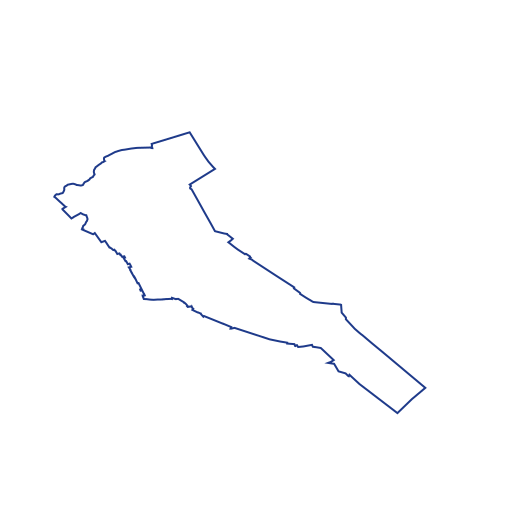 the district of Beverwijk, Noord-Holland, Netherlands, rotated 204°
{"feature_id": "6326949B38309574133073", "entity_name": "Beverwijk", "entity_type": "district", "adm_level": 2, "iso_a3": "NLD", "parent_name": "Netherlands", "parent_adm1": "Noord-Holland", "projection": "equal_earth", "projection_center": [4.669, 52.479], "detail": "fine", "context": "isolated", "style": "outline", "palette": "blue", "viewbox_px": 512, "rotation_deg": 204, "n_neighbors": 0, "source": "geoboundaries", "source_scale": "gbopen_adm2", "svg_char_len": 5717}
<svg xmlns="http://www.w3.org/2000/svg" viewBox="0 0 512 512"><g transform="rotate(204 256 256)"><path d="M366.9,342.0L369.7,339.6L396.9,316.0L396.0,314.8L395.8,313.5L395.1,313.1L394.6,312.4L395.1,312.2L395.9,312.1L396.6,312.0L397.1,311.9L407.6,306.9L409.0,306.2L411.0,305.0L413.7,303.4L419.1,299.8L421.6,298.3L422.5,297.6L425.0,295.5L425.8,294.7L426.9,293.8L428.5,291.8L429.0,291.1L431.2,288.4L431.8,287.5L433.6,285.7L434.4,284.6L434.6,284.4L434.7,284.1L434.7,283.9L434.7,283.7L434.4,282.9L434.2,282.6L434.0,282.3L433.3,281.2L433.2,281.0L432.9,281.0L433.8,279.7L434.1,279.4L434.7,279.0L434.8,278.9L434.9,278.5L435.1,278.1L435.2,277.7L435.7,276.9L436.9,275.0L437.3,274.2L438.0,272.9L438.2,272.5L438.5,272.1L438.7,271.7L438.7,271.3L438.6,270.8L438.6,270.6L438.9,269.1L438.9,268.7L438.5,267.2L438.3,266.8L438.0,266.3L437.7,265.9L437.0,265.3L436.8,265.0L436.8,264.9L436.7,264.8L436.8,264.7L436.9,264.1L437.1,263.0L437.1,262.4L437.1,262.1L437.2,261.9L437.3,261.7L438.3,260.6L439.2,259.2L439.2,258.4L439.4,257.7L439.5,257.6L440.0,257.2L440.2,256.3L440.3,256.2L442.1,254.3L442.4,253.9L442.6,253.5L442.7,252.8L442.9,252.1L442.9,251.0L442.9,250.7L443.0,250.6L443.5,250.0L444.2,249.4L444.6,249.2L445.0,249.0L447.0,248.5L447.6,248.3L448.0,248.2L448.7,247.9L448.8,247.9L449.0,247.9L449.2,248.0L450.0,248.0L451.7,247.8L452.2,247.7L452.5,247.6L453.6,247.0L456.9,244.6L457.1,244.4L457.2,244.2L457.7,243.1L458.5,242.3L458.7,241.9L459.0,241.0L459.0,240.6L458.8,240.2L458.7,239.7L458.5,239.3L458.1,238.6L458.0,237.7L458.0,237.3L458.0,236.8L458.1,235.5L458.1,235.3L458.2,235.0L458.4,234.7L458.8,234.4L459.2,234.1L459.5,233.9L460.2,233.3L460.8,232.7L461.0,232.4L461.5,232.0L462.0,231.7L462.9,231.5L463.2,231.4L463.4,231.2L463.6,230.8L463.9,230.1L464.2,229.5L464.3,228.6L464.3,228.1L464.2,228.1L463.6,227.9L462.7,227.7L457.2,225.8L454.6,225.0L453.9,224.7L452.0,224.1L451.3,223.8L450.9,223.7L450.0,223.5L449.8,223.5L452.0,220.3L451.8,219.9L442.8,216.4L439.9,215.2L439.5,215.8L438.6,217.0L438.5,217.4L434.7,222.3L433.8,223.7L433.7,223.9L432.9,223.9L432.3,223.8L431.2,223.7L430.7,223.7L428.8,223.9L428.3,223.9L428.2,223.9L427.6,224.2L426.9,223.4L426.2,222.7L425.7,222.2L425.0,221.3L424.8,220.8L424.8,220.5L424.8,220.0L424.7,219.1L424.9,218.5L425.0,218.2L425.0,217.3L425.0,216.0L425.0,215.7L425.2,215.0L426.1,213.3L426.1,213.1L425.9,212.3L426.0,211.3L426.0,210.3L425.9,210.2L425.6,210.1L425.1,210.1L425.4,209.5L413.9,209.6L413.5,209.7L412.6,211.4L402.9,205.7L400.1,208.4L397.3,206.7L397.2,206.6L393.6,204.3L393.5,204.5L393.4,204.5L392.4,204.2L391.0,204.1L390.5,203.9L389.7,203.6L388.8,203.4L388.0,204.1L387.6,203.7L387.4,203.7L387.1,203.6L386.7,203.7L386.0,203.2L385.8,203.1L385.5,202.8L385.4,202.8L383.5,201.4L381.8,202.8L380.4,201.8L380.1,202.1L379.7,201.8L377.9,200.8L376.7,201.8L376.6,201.7L376.1,202.1L375.1,201.3L376.2,200.4L373.1,198.2L372.9,198.3L372.7,198.4L372.5,198.5L369.8,196.4L368.4,197.6L367.4,196.9L365.6,195.4L367.5,193.9L366.8,193.5L365.0,192.2L365.1,191.9L362.7,190.2L362.8,190.1L361.0,188.8L359.8,187.9L359.8,188.0L358.9,187.4L358.8,187.6L358.4,187.3L358.5,187.2L357.8,186.8L357.9,186.7L357.7,186.5L356.2,185.6L355.6,185.0L354.5,184.1L354.4,184.0L353.1,182.9L352.3,183.5L347.1,179.2L348.2,178.3L347.3,177.4L346.1,178.2L345.9,178.2L343.1,175.9L342.9,175.9L341.7,174.8L343.4,173.8L342.6,173.1L342.8,172.9L341.0,171.1L338.8,171.9L338.7,172.0L335.3,173.0L333.6,173.6L332.3,174.1L331.0,174.7L328.2,176.2L327.1,176.7L325.9,177.2L324.3,178.0L323.5,178.4L323.5,178.5L322.6,179.0L322.4,179.0L321.8,179.4L321.7,179.5L321.3,179.7L320.4,180.2L320.0,180.4L319.9,180.4L319.7,180.5L316.6,182.1L316.3,182.2L316.2,182.3L315.3,182.5L315.7,183.6L314.8,183.7L312.1,183.9L311.5,184.3L311.4,184.3L311.3,184.2L310.7,184.6L309.8,185.1L309.6,185.2L309.4,185.2L303.0,184.4L302.5,184.0L302.2,184.2L301.8,184.1L300.1,183.5L298.3,182.6L298.5,182.1L297.6,181.7L295.1,183.4L294.0,183.2L294.0,183.5L293.0,182.6L291.9,182.3L292.2,180.9L286.3,180.7L286.0,180.9L283.5,180.9L283.0,181.0L282.6,180.5L279.4,179.1L279.1,180.0L267.5,180.4L258.5,180.7L258.5,180.8L249.7,181.0L249.7,179.3L249.2,179.5L246.4,181.6L209.7,185.4L198.7,187.8L194.6,188.9L192.2,189.5L191.9,188.7L185.1,191.1L183.7,189.7L183.4,189.7L183.3,189.8L183.2,190.2L183.1,190.6L182.9,190.8L182.5,191.1L182.3,191.2L182.2,191.1L180.5,190.0L175.8,192.7L168.7,197.6L167.2,196.2L165.3,196.7L165.3,196.8L159.4,198.3L142.7,192.5L143.6,191.1L144.0,190.5L144.5,189.8L145.0,189.2L146.1,188.2L146.4,187.9L146.6,187.7L142.8,188.7L140.8,189.3L133.7,184.2L126.4,185.2L122.9,183.9L122.3,183.9L122.3,185.5L109.4,181.1L62.9,170.0L55.4,188.6L47.7,204.4L97.3,218.6L99.4,219.2L114.5,223.4L126.8,227.0L127.9,227.2L130.8,228.0L135.0,229.3L136.3,229.7L137.4,230.2L138.1,230.5L148.2,234.8L148.7,236.2L149.4,236.6L154.7,239.1L158.3,245.8L158.4,246.0L158.6,246.0L159.0,246.0L166.0,243.7L166.1,243.8L167.0,243.4L167.1,243.1L183.6,237.7L185.0,237.3L186.6,237.4L188.4,237.7L189.8,237.8L193.8,238.3L200.2,239.3L200.2,239.6L200.4,239.9L200.8,240.2L201.1,240.3L203.0,240.7L208.1,241.8L208.3,241.9L208.4,242.1L208.5,242.4L208.4,242.9L230.3,246.3L256.4,250.5L257.7,250.8L258.0,251.0L261.0,250.9L260.4,252.1L260.7,252.1L260.9,252.1L261.1,252.2L261.1,252.3L261.1,252.7L261.2,253.1L265.9,253.9L266.7,253.6L266.9,253.5L267.1,253.3L267.1,253.2L275.2,254.5L279.7,255.5L284.7,256.8L286.8,257.3L285.6,259.4L285.0,260.4L284.6,261.5L284.2,262.3L291.7,264.2L291.7,264.3L293.1,263.9L294.3,263.6L302.9,262.1L303.6,262.0L310.3,267.1L321.9,275.7L326.4,279.1L328.0,280.3L341.9,290.7L343.5,290.9L343.9,291.3L344.0,291.6L344.0,292.1L344.0,292.5L343.9,292.9L343.8,293.4L344.2,293.7L345.6,294.3L328.9,318.9L331.7,320.0L334.7,321.4L337.9,322.9L339.4,323.8L342.5,325.6L344.9,327.1L366.9,342.0Z" fill="none" stroke="#1e3a8a" stroke-width="2"/></g></svg>